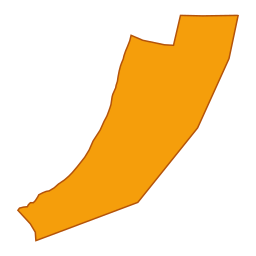 outline of Baron'S Drive/Coin De L'Anse, Soufrière, Saint Lucia
{"feature_id": "8701671B23391099181160", "entity_name": "Baron'S Drive/Coin De L'Anse", "entity_type": "district", "adm_level": 2, "iso_a3": "LCA", "parent_name": "Saint Lucia", "parent_adm1": "Soufrière", "projection": "orthographic", "projection_center": [-61.06, 13.851], "detail": "fine", "context": "isolated", "style": "filled", "palette": "amber", "viewbox_px": 256, "rotation_deg": 0, "n_neighbors": 0, "source": "geoboundaries", "source_scale": "gbopen_adm2", "svg_char_len": 812}
<svg xmlns="http://www.w3.org/2000/svg" viewBox="0 0 256 256"><path d="M131.1,35.3L129.8,40.7L127.6,46.3L125.6,51.0L124.0,55.7L123.2,59.1L121.5,63.2L120.5,66.0L119.2,71.0L118.1,76.7L117.4,81.4L116.1,85.4L115.7,87.8L114.1,91.4L112.8,94.3L112.1,96.9L111.0,104.4L110.1,107.4L108.8,111.1L107.1,115.6L106.0,117.8L104.1,121.3L100.1,130.2L93.1,141.0L89.2,149.9L84.7,157.3L77.3,166.7L72.3,172.6L68.9,176.1L64.4,180.0L58.5,184.0L54.1,187.9L49.1,190.9L46.2,191.4L42.7,192.8L38.8,194.8L37.8,196.8L35.3,200.7L33.3,202.7L30.4,202.7L28.4,204.7L27.4,206.7L23.5,207.1L19.5,208.1L17.9,210.3L30.3,223.8L35.3,232.2L35.7,238.0L35.9,240.6L36.8,240.3L137.8,202.4L197.6,127.9L229.0,58.6L238.1,15.6L237.1,15.4L202.6,15.9L180.5,15.4L173.5,45.3L164.4,44.8L142.8,40.3L131.1,35.3Z" fill="#f59e0b" stroke="#b45309" stroke-width="1.5"/></svg>